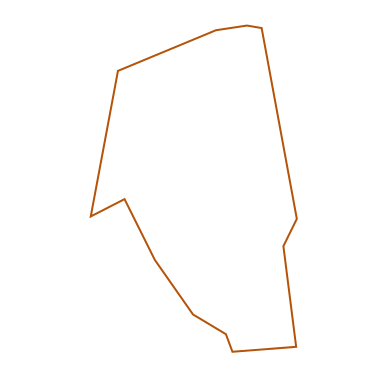 outline of Nagero, Western Equatoria, South Sudan, rotated 86°
{"feature_id": "79223893B92049236674471", "entity_name": "Nagero", "entity_type": "district", "adm_level": 2, "iso_a3": "SSD", "parent_name": "South Sudan", "parent_adm1": "Western Equatoria", "projection": "natural_earth1", "projection_center": [27.894, 6.408], "detail": "fine", "context": "isolated", "style": "outline", "palette": "amber", "viewbox_px": 384, "rotation_deg": 86, "n_neighbors": 0, "source": "geoboundaries", "source_scale": "gbopen_adm2", "svg_char_len": 338}
<svg xmlns="http://www.w3.org/2000/svg" viewBox="0 0 384 384"><g transform="rotate(86 192 192)"><path d="M353.7,98.9L252.4,104.6L248.8,102.5L226.1,89.3L33.3,111.1L29.8,125.6L32.3,156.9L66.0,257.4L209.3,294.7L194.4,259.8L257.2,233.8L314.3,199.5L336.2,168.1L354.2,162.8L353.7,98.9Z" fill="none" stroke="#b45309" stroke-width="2"/></g></svg>